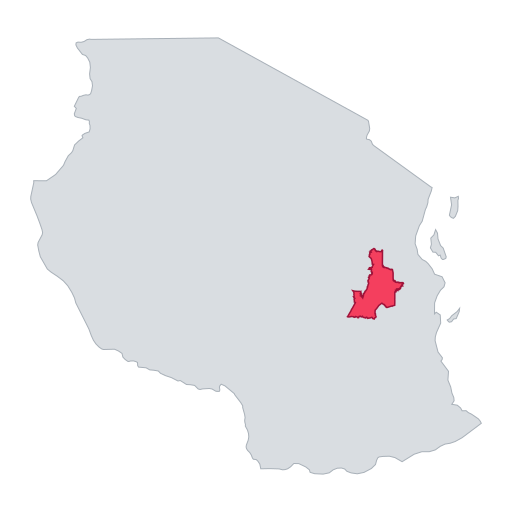 location of Morogoro, Morogoro, United Republic of Tanzania
{"feature_id": "72390352B24110633153516", "entity_name": "Morogoro", "entity_type": "district", "adm_level": 2, "iso_a3": "TZA", "parent_name": "United Republic of Tanzania", "parent_adm1": "Morogoro", "projection": "orthographic", "projection_center": [37.947, -7.052], "detail": "fine", "context": "in_parent", "style": "filled", "palette": "rose", "viewbox_px": 512, "rotation_deg": 0, "n_neighbors": 0, "source": "geoboundaries", "source_scale": "gbopen_adm2", "svg_char_len": 9136}
<svg xmlns="http://www.w3.org/2000/svg" viewBox="0 0 512 512"><path d="M178.0,381.0L171.4,377.6L165.4,375.6L160.5,373.3L158.3,371.0L153.7,370.2L149.8,369.9L146.1,367.8L138.6,367.1L137.7,365.7L137.5,362.5L136.2,361.7L133.5,360.9L130.5,361.0L128.7,361.5L127.7,361.3L125.2,359.5L122.9,357.1L122.0,353.4L118.5,351.0L114.5,349.2L103.5,349.5L101.8,349.0L99.1,347.1L96.0,344.0L93.5,340.4L91.3,335.6L88.9,329.0L75.8,302.9L74.5,298.0L71.9,292.5L67.8,285.8L63.4,280.9L57.5,276.4L50.9,272.0L47.3,269.0L40.3,256.7L38.8,250.9L37.7,245.0L38.1,242.5L42.2,234.7L42.6,232.5L42.0,229.6L39.9,223.5L37.1,216.0L31.5,202.5L30.7,199.1L30.8,196.5L33.8,182.6L33.7,180.7L46.4,180.8L55.6,174.5L63.5,165.3L65.1,161.5L68.3,155.7L71.5,152.7L72.8,150.7L74.6,144.9L78.8,140.9L82.9,137.8L82.0,135.7L82.6,134.9L84.9,133.4L89.2,131.9L90.1,128.8L90.0,125.4L89.3,123.5L89.4,121.3L88.8,120.1L85.9,119.8L81.6,118.2L78.0,117.5L75.6,116.6L74.7,115.8L74.3,113.8L76.3,108.4L74.3,106.3L78.6,97.5L79.4,96.4L81.1,96.3L83.6,95.3L86.0,94.8L87.9,95.1L89.3,94.7L90.6,93.7L91.6,90.7L92.5,85.8L92.0,81.7L90.1,78.6L89.6,73.9L90.4,67.5L89.8,62.2L87.7,58.0L85.6,55.5L82.4,54.4L77.4,48.0L75.9,44.9L76.1,42.9L77.9,42.1L81.1,42.3L84.1,41.5L86.9,39.7L89.6,39.1L91.0,39.4L218.4,37.9L367.9,120.3L368.5,121.3L369.7,128.5L369.4,130.9L367.1,135.1L366.5,137.2L366.4,138.7L367.0,139.3L369.0,139.5L370.6,140.5L371.3,141.3L372.5,144.4L374.2,145.9L430.8,186.9L432.1,187.5L431.3,191.0L428.1,199.3L427.9,202.7L426.7,206.8L425.4,209.5L422.2,221.2L419.4,225.6L415.7,235.9L415.1,243.7L417.1,249.2L417.9,254.4L422.2,259.5L425.7,261.3L428.1,263.6L432.2,268.9L434.6,274.2L442.1,276.8L445.1,282.8L444.0,286.8L440.5,290.2L437.2,295.7L434.6,302.9L434.5,313.9L436.2,312.2L440.2,314.9L440.7,323.1L436.5,332.5L435.3,336.9L435.1,340.7L438.0,352.0L442.4,357.8L442.1,359.6L440.9,361.1L448.5,371.3L447.9,380.1L450.7,387.0L451.9,393.0L453.8,397.6L454.1,400.8L451.8,404.3L457.3,405.2L460.6,408.0L462.1,410.8L466.1,410.7L468.3,412.6L471.4,414.1L478.3,418.8L480.2,421.1L481.3,423.3L462.1,437.7L455.2,441.5L450.3,443.2L445.0,444.1L440.1,446.4L435.3,449.9L429.3,451.7L421.9,451.7L414.2,454.2L402.1,461.7L395.0,457.6L389.4,456.2L383.1,456.4L379.2,456.9L377.8,457.8L376.6,460.3L375.5,464.5L371.4,468.5L364.0,472.4L357.3,473.8L351.1,472.9L346.9,471.3L344.7,469.0L341.5,468.0L337.3,468.2L333.2,469.8L329.3,472.8L323.2,474.1L314.6,473.7L310.1,472.3L309.4,469.8L305.7,466.9L298.8,463.6L293.8,463.5L290.6,466.8L287.6,468.8L285.0,469.6L282.6,469.8L279.1,468.9L269.7,468.6L260.8,468.8L259.8,464.1L258.0,461.3L256.3,459.6L253.3,459.2L252.4,457.9L251.3,455.0L249.8,452.6L247.7,450.5L246.5,448.6L246.1,446.9L246.4,445.0L248.2,440.2L248.8,436.9L248.5,433.5L247.5,430.1L245.3,426.0L245.5,424.8L244.8,422.0L244.7,420.1L245.1,417.6L244.6,414.4L242.7,407.6L242.7,405.8L240.7,402.5L234.7,394.7L234.4,393.7L225.0,385.9L221.2,384.2L219.9,385.7L219.4,387.1L219.8,389.6L219.6,390.9L219.2,391.4L217.0,391.4L215.6,391.1L212.1,389.0L209.3,388.5L202.5,388.9L200.1,389.5L198.2,389.0L194.6,385.4L190.3,384.7L186.5,384.5L180.2,380.5L178.0,381.0ZM443.2,248.1L446.2,256.8L445.8,258.4L443.6,259.4L442.5,259.5L441.1,258.1L440.2,255.1L438.5,255.8L435.7,252.3L432.9,252.1L430.4,247.9L431.4,244.3L430.8,238.1L433.9,234.9L435.6,229.6L437.5,233.2L438.0,238.9L440.6,245.6L443.2,248.1ZM458.3,196.3L458.5,198.4L457.9,200.3L458.0,206.5L457.7,210.6L455.4,216.3L453.5,218.3L451.8,217.7L450.4,216.7L449.4,215.2L451.6,204.8L450.5,197.2L454.8,197.9L458.3,196.3ZM451.6,321.7L449.4,322.2L448.6,321.7L447.2,320.0L449.6,318.6L451.8,315.7L457.1,311.6L459.6,308.3L459.2,311.6L456.2,318.6L453.6,319.0L451.6,321.7Z" fill="#d9dde1" stroke="#a8b0b8" stroke-width="1"/><path d="M374.2,319.0L374.5,318.1L375.1,317.7L375.7,317.5L376.0,316.8L376.0,316.3L375.4,315.4L375.5,314.3L375.2,314.0L375.3,313.7L375.0,313.6L375.1,310.7L375.2,310.1L376.6,308.6L378.8,305.5L381.8,303.2L382.2,303.3L383.0,304.1L383.4,304.3L384.2,304.5L384.3,305.0L384.6,305.0L384.8,305.5L385.0,305.5L385.1,305.8L385.4,305.9L385.4,306.2L385.9,306.5L386.0,306.9L386.3,307.0L386.3,307.3L386.9,307.5L387.4,307.4L390.8,306.3L392.2,306.0L392.3,306.1L392.5,305.9L394.7,305.3L394.8,302.4L394.8,300.2L394.7,298.8L394.8,298.6L394.8,297.1L394.8,292.5L395.0,292.4L395.0,292.0L395.2,291.8L395.5,291.8L395.4,291.6L395.6,291.6L395.5,291.4L395.7,291.2L396.0,291.1L395.9,290.9L396.1,290.9L396.1,290.6L396.4,290.4L396.2,290.2L396.3,290.2L396.5,290.3L396.6,290.1L396.6,289.9L396.8,290.0L396.7,289.8L396.9,289.7L397.0,289.9L397.2,289.6L397.3,289.7L397.5,289.5L397.3,289.3L397.6,289.3L397.5,289.2L397.9,289.0L397.8,288.9L398.0,288.9L398.0,289.0L398.3,288.9L398.2,289.1L398.3,289.2L398.5,289.1L398.3,289.4L398.5,289.3L398.6,289.5L398.7,289.2L398.9,289.2L398.9,289.4L399.1,289.4L399.2,289.2L399.3,289.3L399.5,289.2L399.6,289.3L399.7,289.2L399.9,289.1L400.1,288.8L400.0,288.6L400.3,288.5L400.2,288.3L400.2,288.2L400.2,287.8L400.4,287.8L400.4,287.7L400.5,287.7L400.5,287.4L400.6,287.1L400.7,287.3L400.8,287.2L400.7,286.9L400.9,286.7L401.3,286.5L401.5,286.3L401.7,286.1L401.8,286.1L401.7,285.7L401.8,285.6L401.8,285.4L401.9,285.2L402.1,285.1L402.3,285.2L402.2,285.0L402.3,284.8L402.4,284.7L402.5,284.5L402.3,284.3L402.5,284.2L402.6,284.3L402.7,284.1L402.6,283.8L402.9,283.8L402.9,283.6L403.0,283.7L403.3,283.6L403.1,283.3L403.3,283.1L403.2,282.9L402.8,282.6L401.8,282.6L401.1,282.8L400.9,282.6L400.2,282.7L399.3,282.5L399.2,282.8L398.7,282.7L398.5,282.2L398.1,282.2L397.6,282.2L397.5,282.3L397.2,282.1L396.7,282.4L396.2,282.3L396.0,282.1L395.6,282.2L395.2,281.9L395.4,281.7L395.2,281.5L395.3,281.2L394.9,280.9L395.0,280.8L394.8,280.6L394.7,280.7L394.3,280.6L394.2,280.7L393.9,281.0L393.6,280.9L393.4,280.7L393.5,280.6L393.5,280.3L393.2,279.8L393.3,279.5L393.1,278.4L393.1,272.9L392.4,269.5L392.1,269.4L391.8,269.4L391.1,269.7L390.9,269.7L390.7,269.5L390.7,269.4L390.4,269.5L389.8,269.2L389.4,269.3L389.1,268.9L388.9,268.9L388.5,268.4L388.0,268.2L387.8,268.1L387.6,268.1L387.3,268.4L387.1,268.4L387.0,268.2L387.3,268.2L387.2,268.0L386.0,267.6L384.8,267.5L384.1,267.6L383.9,267.5L383.9,267.4L384.0,267.3L383.8,267.1L383.5,267.0L383.8,266.8L383.0,266.5L383.2,266.3L382.9,266.0L383.0,265.7L382.7,265.6L382.8,265.4L382.4,265.3L382.5,250.9L382.6,250.1L382.8,249.8L382.5,250.0L381.9,250.2L381.6,250.9L381.4,251.2L381.4,251.6L380.5,251.6L380.0,251.7L379.4,251.5L379.0,251.5L378.7,251.3L378.2,251.2L377.0,251.5L376.9,251.3L376.7,251.4L376.6,251.0L376.2,251.1L375.8,251.0L375.6,250.8L375.5,250.3L375.2,250.2L375.2,249.7L374.9,249.5L374.9,249.1L374.2,248.6L373.9,248.5L372.0,249.8L371.5,249.9L371.4,250.2L371.5,250.6L371.3,250.7L370.8,250.8L370.3,251.1L370.6,251.2L370.9,251.8L370.7,251.9L370.8,252.1L370.4,252.3L370.6,252.4L370.3,252.5L370.1,252.7L370.1,252.8L370.0,253.1L369.8,253.2L369.8,253.7L369.6,254.1L369.8,254.5L369.4,254.7L369.4,255.0L369.4,255.3L369.3,255.5L369.3,255.9L369.3,256.1L369.1,256.6L371.2,258.5L371.6,259.8L372.2,262.2L372.1,263.0L372.3,263.2L372.3,264.2L373.5,264.4L372.1,266.9L372.2,267.4L371.6,267.6L369.5,267.7L369.5,267.9L368.9,268.9L368.6,269.2L369.4,269.4L371.2,269.1L371.2,269.6L371.5,269.6L371.2,271.5L371.8,272.6L372.1,272.5L372.2,272.9L372.3,272.8L372.3,273.6L371.8,273.7L371.8,274.6L371.7,274.7L370.9,274.9L369.9,274.8L369.7,275.1L369.8,275.2L369.6,275.3L369.3,275.5L369.7,276.4L369.6,276.6L369.4,276.8L368.6,277.1L368.5,277.6L369.3,278.2L368.8,279.3L368.0,280.4L368.2,280.6L368.0,281.8L368.4,281.9L368.5,282.1L368.6,283.8L368.0,284.9L368.0,285.3L367.9,286.0L367.6,286.3L367.3,286.9L367.5,287.2L367.3,287.4L367.1,288.8L365.7,290.9L365.3,291.0L365.1,291.3L364.9,291.6L365.0,291.9L364.8,292.2L364.7,292.6L364.3,292.9L364.2,293.3L364.0,293.2L363.7,293.6L363.6,293.9L363.3,294.1L363.4,294.6L363.5,295.1L363.0,295.4L362.9,295.8L363.1,296.0L362.8,296.2L363.0,296.3L362.9,296.6L363.0,296.7L363.0,296.8L362.7,296.8L362.6,297.0L362.9,297.1L362.7,297.9L362.3,297.3L362.4,297.2L362.2,297.2L361.8,296.9L362.0,296.7L361.9,296.5L361.7,296.6L361.6,296.3L361.8,296.3L361.7,296.1L361.2,296.0L361.6,295.7L361.2,295.7L361.4,295.0L361.2,294.9L361.3,295.1L361.0,295.1L360.9,294.8L361.1,294.7L361.3,294.6L361.2,294.6L361.2,294.4L360.7,294.5L360.9,294.2L360.6,294.2L360.6,293.9L360.4,293.7L360.8,293.5L360.6,293.4L360.6,293.2L361.0,292.7L360.8,292.2L360.3,291.6L360.5,291.4L356.2,291.3L354.4,291.1L352.8,290.7L353.8,292.1L354.0,293.4L353.9,294.7L354.1,295.5L354.1,297.1L353.7,297.0L353.8,297.2L354.0,297.3L354.0,297.5L354.3,297.7L354.3,298.0L354.6,298.0L354.8,298.4L354.2,298.8L354.1,299.1L354.3,300.1L354.4,302.0L354.6,302.0L355.4,302.6L353.2,306.7L352.9,307.2L352.7,307.7L351.5,309.5L351.1,310.6L348.2,315.6L348.0,316.1L347.5,316.7L347.9,316.9L349.4,316.9L350.7,316.7L351.0,316.5L351.7,316.5L352.1,316.6L353.2,316.6L353.5,316.7L353.9,317.2L354.3,317.3L354.6,317.0L355.2,317.1L355.6,316.5L356.7,316.8L357.6,317.3L358.0,317.8L358.6,317.6L358.7,317.0L359.2,316.7L359.2,316.4L359.5,316.3L360.0,316.4L360.0,316.2L360.0,316.3L360.6,316.2L361.3,316.9L361.5,316.9L362.5,316.3L362.8,317.0L363.4,317.4L364.7,317.6L365.1,317.9L365.7,318.0L365.9,317.9L366.0,317.4L366.3,317.2L366.9,317.3L367.8,318.4L368.6,318.1L370.1,318.0L370.6,317.7L371.6,317.5L371.9,317.3L372.2,317.5L372.7,318.5L374.2,319.0Z" fill="#f43f5e" stroke="#9f1239" stroke-width="1.5"/></svg>